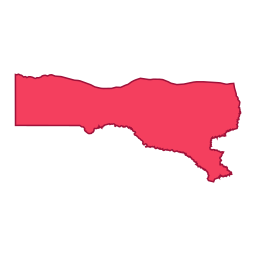 Magoe, Tete, Mozambique (Mercator projection)
{"feature_id": "85939544B26060528055494", "entity_name": "Magoe", "entity_type": "district", "adm_level": 2, "iso_a3": "MOZ", "parent_name": "Mozambique", "parent_adm1": "Tete", "projection": "mercator", "projection_center": [31.675, -16.019], "detail": "fine", "context": "isolated", "style": "filled", "palette": "rose", "viewbox_px": 256, "rotation_deg": 0, "n_neighbors": 0, "source": "geoboundaries", "source_scale": "gbopen_adm2", "svg_char_len": 5959}
<svg xmlns="http://www.w3.org/2000/svg" viewBox="0 0 256 256"><path d="M233.7,83.4L230.1,83.7L227.5,84.2L225.9,84.2L220.3,82.9L218.1,82.7L203.4,81.8L196.7,81.8L193.6,82.1L183.9,84.1L176.8,84.6L170.9,83.2L168.3,81.8L162.7,79.6L159.8,79.3L153.3,79.2L150.6,79.6L148.5,79.5L140.4,78.3L136.2,79.7L134.0,80.6L131.5,81.9L128.0,84.4L125.5,85.2L120.6,87.4L116.1,87.2L111.6,88.4L103.2,88.5L100.8,88.3L94.8,86.9L90.8,84.8L80.1,80.9L78.1,80.5L74.4,80.2L61.1,76.6L55.1,76.1L51.8,74.8L49.9,74.9L47.5,76.0L45.5,75.3L43.9,75.4L42.2,75.9L41.0,77.0L38.7,77.8L36.9,77.7L35.7,78.4L34.9,78.4L32.6,77.3L30.7,76.8L28.8,76.7L26.8,77.6L25.9,76.8L25.2,76.6L23.6,77.0L21.6,75.3L20.2,75.0L18.6,74.2L16.5,74.8L15.4,74.5L15.5,125.4L79.9,125.5L81.7,126.8L83.4,126.9L84.6,128.4L84.8,129.0L84.5,129.5L84.9,130.7L85.5,131.3L85.8,131.2L85.9,131.6L87.5,132.9L88.5,133.5L89.6,133.6L91.5,133.3L92.3,132.3L92.9,132.3L94.0,130.7L93.8,130.1L94.4,128.5L96.5,128.6L97.8,128.0L98.3,127.1L98.9,126.7L99.0,126.0L99.4,126.5L98.7,127.4L98.8,128.0L100.4,127.3L100.9,127.4L101.8,128.1L102.1,126.7L102.8,126.9L103.4,125.9L104.3,125.6L104.3,125.2L109.4,123.8L109.9,124.5L111.2,124.0L112.1,124.2L113.5,123.9L114.4,124.1L115.4,125.0L115.3,125.4L114.8,125.9L115.2,126.3L116.5,125.5L117.0,125.5L119.2,126.7L120.0,126.7L120.9,125.9L121.4,125.7L122.4,126.2L123.2,127.0L123.8,126.4L124.7,127.0L125.5,126.7L125.8,126.2L126.9,126.2L128.7,128.1L129.4,127.9L129.1,127.4L129.5,127.1L130.7,127.8L130.6,128.5L131.3,128.2L131.4,129.3L132.1,128.9L132.3,129.1L132.8,130.8L134.0,131.5L134.7,131.5L135.2,131.8L135.5,132.3L135.4,132.8L134.3,133.7L134.5,134.7L135.2,135.2L136.5,135.5L137.2,136.5L138.1,137.1L138.8,138.2L140.0,138.8L140.9,139.9L142.2,140.6L143.0,141.7L142.8,143.5L143.1,144.1L144.0,144.8L145.5,143.8L146.7,144.3L147.2,146.1L145.7,146.5L145.9,147.0L147.8,146.5L149.1,146.6L149.3,147.0L150.1,146.7L150.4,147.1L151.0,146.7L151.8,146.8L152.3,146.5L153.3,147.0L154.3,146.6L154.9,148.0L155.5,148.5L156.4,148.4L157.4,147.6L158.4,148.5L160.1,148.3L160.2,148.6L159.8,149.1L160.0,149.2L160.9,149.1L162.2,149.3L162.7,148.9L162.9,150.0L163.6,150.4L164.2,150.3L165.1,149.6L166.6,150.0L167.1,149.5L167.6,150.1L168.5,150.1L170.0,150.7L172.0,149.7L172.5,149.9L173.1,150.9L174.4,151.7L177.0,151.0L178.5,151.9L179.6,151.7L180.2,151.9L180.2,152.3L180.7,152.2L181.1,152.5L181.9,152.2L182.3,152.7L183.0,152.3L183.5,152.3L184.1,152.7L184.2,153.4L184.8,153.4L185.1,154.1L185.4,153.5L185.9,153.5L186.2,154.6L185.9,155.2L186.8,155.4L187.7,156.3L188.2,156.2L188.9,157.0L189.2,156.6L189.9,156.4L190.4,156.8L190.4,157.5L191.5,158.0L191.8,159.0L192.7,159.3L193.1,159.9L193.5,159.8L193.9,160.2L194.1,161.4L195.1,161.9L196.1,162.1L195.8,162.5L195.9,162.8L196.5,163.1L196.6,163.5L197.1,163.4L197.3,163.6L196.9,164.4L196.2,164.6L196.5,164.8L196.9,164.6L197.6,165.2L197.5,165.6L198.0,166.0L198.2,166.7L199.2,166.2L199.3,166.4L199.2,166.7L199.8,166.8L200.4,166.5L200.6,166.8L200.7,167.7L201.4,167.5L202.3,168.2L202.8,168.3L202.8,168.7L203.6,168.7L203.6,169.2L204.4,169.4L204.2,169.9L204.4,170.1L205.5,169.7L205.8,170.5L207.0,171.4L207.0,171.8L207.5,172.0L207.8,172.6L208.1,174.6L208.6,175.0L208.8,175.7L208.3,176.3L208.5,177.1L207.4,178.6L208.0,179.4L208.3,180.3L208.7,180.6L213.6,181.8L214.6,179.2L217.4,178.1L218.6,177.9L218.8,177.5L219.0,177.7L218.9,177.3L219.3,177.3L219.1,177.1L219.2,176.8L219.6,176.8L219.6,176.2L219.9,176.3L220.1,175.9L220.5,175.9L220.5,175.5L220.9,176.0L221.1,175.6L221.3,175.6L221.6,176.2L222.2,176.1L222.7,176.6L223.0,176.4L223.3,176.6L223.5,176.3L223.9,176.5L224.6,176.1L225.2,176.2L225.3,175.5L226.1,175.6L226.6,176.2L227.5,174.9L228.8,175.0L228.8,174.6L229.1,174.4L229.3,174.7L229.3,174.2L229.7,173.9L229.8,174.7L230.2,174.1L231.1,174.4L231.7,174.2L231.4,173.7L231.5,172.9L231.2,172.2L230.8,172.4L230.5,172.1L230.2,172.1L229.5,171.0L228.7,170.9L228.0,170.3L227.4,170.1L227.7,169.5L227.1,168.8L227.2,168.2L227.1,167.4L226.6,167.4L226.2,166.9L226.0,167.2L225.2,167.2L225.2,166.8L224.3,166.3L223.5,166.6L222.4,164.5L220.2,164.9L220.1,164.7L220.0,164.2L220.6,163.8L220.1,163.3L220.1,161.7L220.4,161.0L221.0,161.0L221.4,160.5L220.7,159.2L220.3,159.0L219.8,158.2L219.9,157.4L220.4,157.3L221.3,156.4L221.3,155.9L221.8,155.4L222.0,154.1L222.4,153.5L223.0,153.1L223.5,152.0L221.9,151.8L220.9,152.3L220.4,152.2L219.6,151.3L218.9,151.4L218.3,151.2L217.0,150.1L216.4,150.4L216.0,150.1L214.8,150.3L214.8,149.9L214.3,149.7L213.4,149.6L212.5,149.9L212.0,149.6L211.8,149.8L211.1,149.7L210.7,149.3L210.3,149.3L209.8,147.7L210.1,147.2L210.6,146.8L210.6,146.6L211.2,146.3L210.6,145.9L210.9,145.6L210.7,145.3L211.1,145.2L211.2,144.6L211.2,144.2L210.6,143.9L210.9,143.1L210.7,142.7L211.1,142.5L210.6,142.0L210.9,141.8L211.1,141.1L210.8,140.5L211.3,140.2L211.1,139.9L211.1,139.0L211.6,138.6L212.0,138.7L212.4,138.4L212.0,137.7L212.3,137.4L212.6,137.8L212.5,137.4L212.7,137.2L213.1,137.8L213.9,138.1L214.8,137.7L215.0,136.8L215.3,136.6L215.5,136.9L215.8,136.8L215.9,137.2L216.3,137.1L216.5,137.4L217.0,137.4L217.1,137.7L217.2,137.2L217.6,136.6L218.5,136.2L219.2,136.7L219.4,136.0L219.8,136.5L220.2,136.2L220.7,136.6L222.1,135.2L222.6,135.8L223.1,135.5L224.0,136.1L224.9,136.0L225.4,135.8L225.0,135.4L225.5,134.9L225.2,134.4L224.4,134.0L225.3,133.5L226.5,132.1L226.5,131.3L227.3,131.5L227.5,131.0L228.1,131.4L228.8,131.4L229.0,131.1L228.6,130.5L230.3,130.5L230.4,130.1L230.0,129.7L230.4,129.4L231.2,129.9L232.2,129.9L232.8,129.2L233.4,129.7L233.8,129.3L236.9,128.5L237.2,128.1L237.2,127.5L237.4,127.2L237.3,126.7L237.7,126.4L237.3,125.3L236.7,124.7L237.6,123.7L237.8,122.9L237.6,122.5L237.9,122.3L237.2,121.5L237.7,120.8L237.3,119.9L238.9,119.5L238.9,118.9L238.2,118.1L239.3,116.3L239.2,115.6L239.6,115.1L239.2,113.5L239.5,113.3L240.3,113.6L240.6,113.2L240.6,112.7L240.4,111.7L240.0,111.9L239.7,111.7L239.9,109.1L239.4,108.3L239.5,107.7L238.8,107.6L238.6,107.4L239.4,105.0L239.8,102.2L239.4,101.3L237.8,99.4L238.1,98.5L237.8,97.6L237.3,96.9L236.3,96.0L236.2,93.9L234.5,88.1L233.7,83.4Z" fill="#f43f5e" stroke="#9f1239" stroke-width="1.5"/></svg>